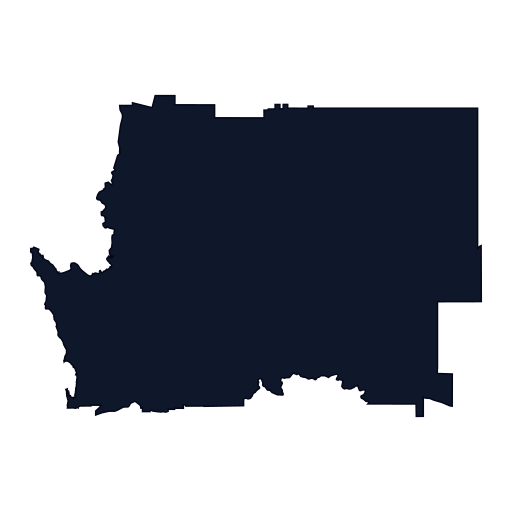 Murray, Western Australia, Australia (Mercator projection)
{"feature_id": "25037944B25972327200509", "entity_name": "Murray", "entity_type": "district", "adm_level": 2, "iso_a3": "AUS", "parent_name": "Australia", "parent_adm1": "Western Australia", "projection": "mercator", "projection_center": [115.802, -32.624], "detail": "fine", "context": "isolated", "style": "filled", "palette": "ink", "viewbox_px": 512, "rotation_deg": 0, "n_neighbors": 0, "source": "geoboundaries", "source_scale": "gbopen_adm2", "svg_char_len": 5937}
<svg xmlns="http://www.w3.org/2000/svg" viewBox="0 0 512 512"><path d="M477.6,248.5L477.6,108.2L313.2,108.2L313.2,106.1L308.1,106.1L308.1,108.3L287.7,108.2L287.7,104.4L283.2,104.4L283.2,108.9L279.9,108.8L279.9,104.5L275.1,104.5L275.1,109.0L268.3,109.0L268.2,110.1L264.0,110.1L264.1,117.9L214.6,117.8L214.6,104.9L174.9,104.8L174.9,95.6L155.2,95.6L152.1,107.7L132.5,102.8L132.5,105.5L119.7,105.5L120.1,109.9L122.2,113.8L122.5,115.9L122.3,118.2L120.5,125.4L118.3,142.0L119.8,148.0L119.6,152.4L120.1,152.8L119.6,154.0L117.7,155.4L113.8,168.2L114.7,168.9L115.1,170.2L114.2,171.0L113.4,171.1L111.7,172.3L111.9,173.3L113.2,175.5L112.4,178.9L111.4,180.4L112.3,182.3L112.2,184.3L111.8,184.7L110.8,184.5L108.4,182.2L105.3,183.1L105.1,184.0L105.4,185.3L105.2,188.2L103.5,189.2L103.3,190.3L99.7,191.9L99.0,192.6L97.8,194.6L96.7,197.8L96.8,198.8L97.6,199.6L100.6,200.3L101.4,200.8L101.9,201.8L100.8,200.9L102.0,202.8L104.7,204.4L105.7,205.7L105.6,208.4L104.5,209.3L102.5,211.7L101.3,211.9L101.4,214.8L101.7,215.5L103.2,215.7L104.3,216.2L104.8,216.6L104.9,217.5L106.0,218.0L105.1,218.5L105.5,222.0L102.9,223.6L103.1,225.4L103.5,226.2L105.2,227.9L106.3,227.8L106.5,227.0L107.7,227.2L109.6,228.1L113.8,229.1L114.4,229.9L114.5,231.5L114.0,232.0L114.2,233.9L113.6,234.7L112.5,235.1L112.1,235.8L112.3,236.3L111.9,237.4L112.2,242.7L111.6,247.6L109.3,250.4L109.6,253.5L110.4,255.2L111.0,255.5L110.4,255.8L110.3,256.3L111.0,256.1L111.9,256.7L111.9,256.4L111.7,256.4L111.9,256.2L112.9,256.3L111.9,257.1L111.9,257.5L111.6,257.3L111.1,257.7L110.6,257.6L111.5,257.1L110.8,257.3L110.4,256.8L108.9,256.7L109.0,257.1L109.4,257.1L108.7,257.4L108.6,256.3L106.8,258.6L106.9,259.4L107.9,261.0L109.5,262.5L109.6,263.1L110.4,263.4L111.3,264.6L111.8,265.8L111.6,266.7L110.2,266.7L110.0,267.3L110.4,267.6L109.5,267.9L109.0,268.9L107.7,269.4L106.6,269.3L105.2,271.0L104.1,271.0L103.1,272.3L102.7,272.2L101.9,272.7L101.2,272.3L101.0,271.8L100.7,271.7L100.4,270.6L99.8,270.8L99.9,271.2L99.6,271.5L100.1,272.0L100.1,272.7L98.4,273.7L95.0,273.0L94.2,273.9L93.5,273.9L92.8,273.5L92.4,274.0L92.1,275.5L89.9,276.1L87.5,275.0L81.8,270.4L79.7,268.1L78.2,265.5L77.0,264.4L74.7,263.0L72.2,263.0L71.2,263.5L70.6,265.4L71.2,268.9L69.6,270.5L63.5,272.8L61.4,273.3L59.8,273.2L59.2,273.6L58.4,272.7L58.7,272.2L57.8,272.3L57.4,272.0L56.2,270.5L55.8,268.8L55.0,268.3L52.7,265.0L50.0,263.3L48.5,261.1L45.2,259.9L43.2,258.2L43.2,256.7L42.8,255.4L41.0,255.7L40.2,255.1L40.4,254.3L38.8,253.4L38.2,251.3L38.4,250.4L38.9,249.8L38.7,249.2L34.0,247.3L33.6,247.3L32.6,248.7L30.8,248.5L30.7,251.5L31.1,252.5L32.2,252.8L32.5,253.5L32.8,257.5L31.9,262.2L30.9,263.2L31.0,264.1L31.5,264.8L31.4,265.4L33.2,266.8L34.1,268.7L35.3,269.8L35.4,270.4L36.3,271.0L37.0,272.4L37.3,273.9L37.1,274.4L37.5,275.6L40.1,275.7L41.5,277.6L41.3,278.3L42.1,279.7L44.6,282.2L45.5,286.6L45.1,292.5L46.3,294.8L46.8,295.1L46.1,301.3L44.7,304.2L45.8,305.8L45.4,307.6L45.6,308.6L45.9,308.9L48.5,308.8L49.6,309.5L49.6,309.3L51.8,311.9L54.1,315.5L54.2,316.1L53.7,316.8L54.4,317.3L54.1,318.6L54.3,319.6L55.9,321.8L56.4,323.0L56.8,326.1L56.2,326.4L58.0,331.2L58.2,332.5L58.0,335.1L59.3,337.1L61.3,338.8L62.0,340.0L63.6,342.9L63.4,343.7L63.9,344.3L63.9,345.1L64.8,346.1L65.0,347.3L65.8,347.8L65.7,348.3L66.6,349.8L66.5,353.6L65.0,356.3L64.3,359.8L63.8,360.9L64.2,361.4L65.0,361.1L64.8,361.5L65.6,361.0L67.7,361.1L70.6,362.9L71.5,364.3L72.7,365.3L73.5,366.9L73.4,367.3L73.7,367.4L73.7,366.9L73.0,365.5L73.5,366.0L74.0,367.3L75.3,368.8L75.5,370.3L76.3,371.7L76.6,373.5L75.9,374.0L75.7,374.8L76.8,374.8L77.2,378.4L76.8,378.9L76.8,380.7L76.4,381.7L76.7,384.2L76.4,384.6L76.5,386.0L75.9,387.7L75.4,393.1L74.9,394.7L74.9,395.8L75.6,396.4L75.6,397.2L74.9,397.6L73.9,397.2L73.3,398.3L72.9,397.6L71.0,397.3L70.4,395.7L69.6,395.9L69.2,395.5L68.8,392.6L68.5,393.1L67.5,392.0L68.0,390.7L67.0,390.0L67.2,388.9L65.8,389.5L66.5,390.8L66.8,396.0L67.4,397.7L68.2,401.0L67.3,405.5L67.7,406.7L67.4,408.0L73.7,407.9L75.5,408.3L77.4,407.5L78.1,407.9L78.1,407.2L79.8,406.0L90.9,405.9L90.9,405.2L101.0,405.2L99.6,407.4L95.7,411.0L95.7,415.0L102.1,412.7L109.0,411.2L114.7,411.2L117.1,410.3L123.5,407.0L128.0,406.9L129.0,406.0L130.5,403.3L134.8,401.3L135.6,401.6L140.2,405.3L140.6,406.0L140.8,408.1L142.5,408.1L142.5,411.6L149.9,411.6L149.9,410.7L151.6,410.4L153.0,411.1L157.7,411.7L161.1,412.0L163.0,411.6L165.6,412.1L168.1,411.4L168.1,409.3L174.6,409.3L174.7,408.2L183.4,408.3L183.4,405.0L185.6,405.0L185.8,406.1L203.0,406.0L203.9,406.3L243.6,405.7L243.6,398.9L245.7,398.1L248.1,398.9L250.4,398.3L252.2,395.9L253.2,393.4L255.1,392.4L256.7,390.4L259.3,388.4L259.6,387.8L259.3,387.0L258.5,386.3L258.1,385.2L258.2,384.3L257.7,383.7L258.7,382.8L258.5,381.7L258.0,381.6L257.9,380.8L258.6,379.2L259.7,378.7L261.4,378.8L262.9,383.0L262.7,385.1L263.0,385.7L263.9,386.4L265.0,386.6L267.4,390.0L270.1,390.4L272.1,392.5L277.2,394.7L282.7,395.0L283.1,394.7L283.2,394.0L282.3,391.9L282.3,390.3L280.7,387.8L280.7,387.0L282.3,383.4L281.9,382.1L281.2,382.0L280.5,381.2L281.1,378.2L282.0,377.6L284.5,378.2L286.1,377.7L289.1,377.6L290.1,376.9L291.6,374.8L293.0,373.4L293.8,373.3L296.8,374.5L297.1,373.8L299.3,374.2L300.8,376.3L302.9,377.0L305.7,377.4L308.4,379.0L312.3,378.1L315.2,379.7L316.4,379.0L316.5,378.4L317.3,377.6L319.1,377.1L320.8,375.7L324.9,375.7L328.5,377.4L330.8,375.7L336.7,374.0L338.1,375.3L338.2,375.9L336.6,378.5L336.5,379.6L337.8,380.1L338.3,380.1L338.7,379.5L342.0,380.0L342.8,381.8L341.8,386.3L342.8,387.8L344.3,388.9L346.6,388.3L348.3,388.9L350.7,388.9L354.4,387.1L355.6,385.9L357.5,386.0L357.7,385.6L359.5,390.4L360.3,390.7L363.4,389.7L364.9,390.1L365.4,391.1L365.0,392.6L363.7,394.8L361.3,395.8L360.9,396.9L361.4,398.1L363.5,399.1L365.9,401.3L368.5,401.6L368.7,402.9L367.8,403.9L416.1,404.0L416.3,416.4L423.3,416.3L423.3,397.1L424.9,398.0L429.8,398.4L433.8,400.1L441.8,402.4L449.8,405.8L452.2,406.2L452.3,374.0L437.2,373.5L437.5,367.7L437.5,301.7L481.3,301.6L481.1,245.6L479.8,246.3L477.6,248.5Z" fill="#0f172a" stroke="#020617" stroke-width="1.5"/></svg>